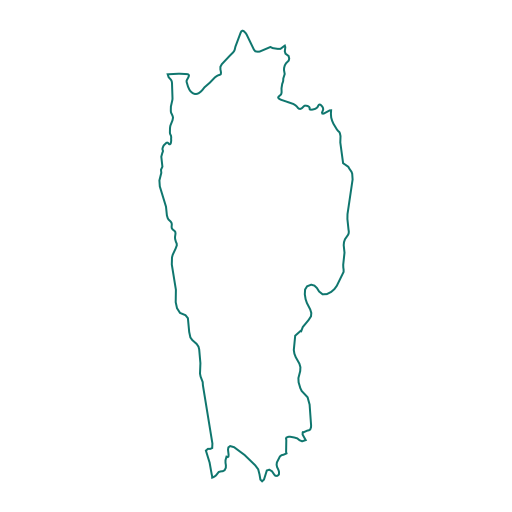 the State of Mizoram
{"feature_id": "IND-3300", "entity_name": "Mizoram", "entity_type": "State", "adm_level": 1, "iso_a3": "IND", "parent_name": "India", "parent_adm1": "", "projection": "orthographic", "projection_center": [92.8, 23.22], "detail": "fine", "context": "isolated", "style": "outline", "palette": "teal", "viewbox_px": 512, "rotation_deg": 0, "n_neighbors": 0, "source": "natural_earth", "source_scale": "10m", "svg_char_len": 4320}
<svg xmlns="http://www.w3.org/2000/svg" viewBox="0 0 512 512"><path d="M331.1,110.3L330.9,113.8L331.2,117.6L332.1,120.7L333.4,123.7L336.9,129.5L338.3,131.2L339.3,132.0L339.9,133.3L340.5,136.1L340.3,142.5L343.1,163.2L348.3,166.8L349.3,168.6L351.5,171.8L352.2,173.7L352.6,179.5L347.5,214.1L347.4,219.0L348.5,229.5L348.8,231.5L348.7,233.1L348.2,234.6L345.0,239.2L344.0,242.1L343.7,245.2L344.5,252.7L343.2,264.8L343.3,267.5L343.6,269.7L343.6,271.9L336.8,285.8L334.4,289.1L331.2,291.9L326.9,294.1L322.6,294.3L319.1,291.5L316.9,288.0L314.4,285.6L311.2,284.7L307.1,286.3L305.1,289.5L304.8,294.2L305.6,299.2L306.9,303.0L310.2,309.4L311.3,313.0L311.0,316.3L308.6,320.0L302.8,327.0L301.2,331.2L300.6,330.9L295.2,335.7L293.8,350.0L294.4,353.7L295.7,357.1L299.4,363.7L300.4,367.2L300.2,371.1L298.4,378.1L298.6,382.3L300.3,388.1L301.7,391.0L307.6,397.3L309.6,404.6L311.1,425.5L311.0,427.3L310.2,429.5L308.9,430.3L307.3,430.6L303.7,432.2L302.9,432.1L302.7,432.4L302.6,434.6L305.7,440.1L302.1,441.3L299.5,440.2L297.3,438.4L294.3,437.5L289.9,436.7L288.3,436.8L286.4,437.6L286.0,438.6L286.3,439.9L286.1,452.0L286.5,453.4L283.6,454.7L281.5,455.2L279.9,456.5L276.9,462.4L276.6,464.8L277.1,467.1L278.2,469.4L278.7,470.7L279.0,471.9L279.0,473.2L278.9,474.4L278.6,474.8L278.2,475.2L277.1,475.9L276.0,475.9L275.0,475.5L274.1,474.4L272.0,471.3L269.3,469.7L266.8,470.5L265.6,474.4L264.0,479.5L262.1,481.3L260.4,479.6L259.5,474.4L258.2,469.3L255.2,465.3L244.6,455.0L234.1,447.2L230.1,446.1L228.4,447.4L228.0,449.7L228.6,454.8L228.4,456.6L227.7,457.1L226.9,456.9L226.5,456.7L225.5,460.2L225.5,462.8L225.9,465.3L225.8,467.8L224.6,470.2L222.8,471.2L220.8,471.4L218.7,472.0L216.8,474.4L215.9,475.5L214.7,476.4L213.5,477.1L212.2,477.6L212.1,476.0L211.7,474.4L209.6,462.6L205.9,450.6L207.9,448.9L210.3,448.9L212.2,448.0L212.4,443.5L202.9,385.2L202.7,382.1L200.6,376.6L200.0,373.6L200.4,363.2L199.2,349.5L198.5,346.7L196.7,344.0L192.3,340.1L190.4,337.5L189.2,332.0L187.9,318.2L185.5,315.2L180.0,312.9L177.0,308.2L175.7,302.2L175.9,289.8L171.8,264.5L172.0,257.4L172.7,254.8L175.6,248.6L176.8,245.4L176.7,243.6L175.9,241.8L175.1,238.9L175.0,237.1L175.5,233.6L175.3,232.0L174.7,231.1L172.6,229.4L171.8,228.2L171.6,226.9L171.8,224.5L171.6,223.1L170.7,221.6L168.5,219.5L167.7,218.1L166.9,215.4L166.0,206.7L159.8,186.4L159.4,180.4L161.3,172.9L161.0,169.7L162.4,166.7L161.3,156.7L162.3,153.0L162.9,151.5L162.9,150.6L162.5,149.5L162.5,148.5L162.9,147.2L163.6,145.6L164.2,144.9L165.6,143.6L166.0,143.2L166.4,142.8L166.9,142.7L167.6,142.7L168.1,143.0L168.5,143.4L168.8,143.9L169.2,144.2L169.8,144.3L170.4,143.9L170.7,143.4L171.0,142.2L171.2,140.5L171.1,138.8L171.2,137.5L171.1,136.5L171.0,135.8L170.2,134.1L170.0,133.5L169.9,132.4L170.0,128.1L170.2,126.6L170.4,125.6L172.5,120.3L173.0,117.7L172.8,116.7L172.5,115.7L171.5,113.5L171.2,113.0L170.9,111.9L170.8,110.3L170.9,106.5L172.4,99.8L172.5,98.4L172.0,83.1L171.8,81.7L171.4,80.5L170.8,79.6L170.0,78.7L169.6,78.3L168.6,77.1L167.7,74.3L179.1,73.7L186.8,74.1L188.0,74.3L188.6,74.8L188.9,75.3L188.9,75.8L188.6,76.7L188.2,77.6L187.0,79.8L186.6,80.7L186.6,81.9L188.0,86.6L189.3,89.5L190.2,90.9L191.4,92.1L192.8,93.2L194.5,93.9L195.9,94.0L197.2,93.8L198.7,93.2L200.7,91.7L202.3,90.1L204.5,87.3L209.8,82.7L214.9,77.4L216.7,76.1L218.4,75.2L219.6,74.9L220.7,74.3L221.0,72.9L220.8,71.3L220.4,69.5L220.4,66.8L221.8,64.2L229.7,55.8L233.2,52.3L234.2,50.9L234.7,49.7L235.4,46.7L240.6,32.8L241.3,31.4L242.4,30.7L243.6,31.0L245.6,33.0L246.6,34.5L253.9,49.6L255.3,51.3L257.5,51.7L259.6,51.6L270.4,47.0L272.7,48.1L277.9,48.9L280.4,48.9L284.8,45.6L285.3,47.2L284.8,51.3L285.5,53.7L288.6,56.0L289.2,58.6L288.7,60.6L286.0,63.3L284.8,65.4L284.1,67.9L284.0,70.1L284.7,74.0L284.3,75.3L283.3,78.5L283.2,80.6L283.0,81.7L282.2,83.9L281.5,88.3L281.6,92.3L281.4,93.4L281.1,94.3L280.4,95.1L279.5,95.8L278.7,96.6L278.2,97.3L278.5,98.2L279.3,98.9L281.1,99.8L293.4,104.0L295.6,105.4L297.0,106.7L297.9,107.9L299.1,108.8L300.5,108.9L302.0,108.1L303.9,106.2L304.8,105.7L306.0,105.7L307.7,106.0L309.2,107.0L309.6,107.7L309.6,108.5L309.6,109.0L310.0,109.5L310.9,109.7L312.4,109.6L315.1,108.9L316.6,108.0L317.6,107.0L318.3,105.6L318.9,104.8L319.8,104.5L320.7,104.9L322.3,106.6L323.0,108.0L323.2,109.3L322.9,110.4L322.4,111.6L322.0,112.7L322.4,113.6L323.7,113.6L329.7,110.4L331.1,110.3L331.1,110.3Z" fill="none" stroke="#0f766e" stroke-width="2"/></svg>